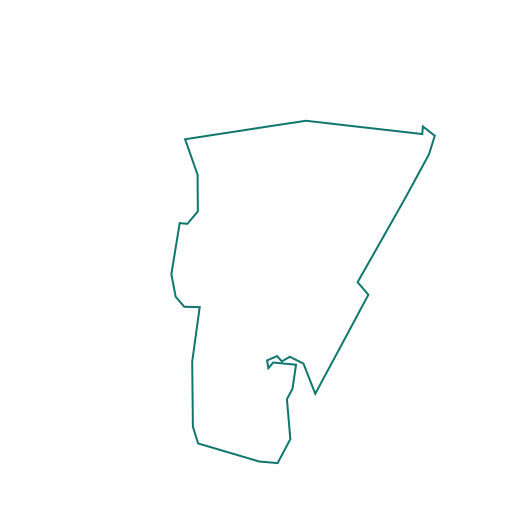 Washington, Virginia, United States of America (Equal Earth projection), rotated 298°
{"feature_id": "52423323B33364650574502", "entity_name": "Washington", "entity_type": "district", "adm_level": 2, "iso_a3": "USA", "parent_name": "United States of America", "parent_adm1": "Virginia", "projection": "equal_earth", "projection_center": [-82.018, 36.762], "detail": "fine", "context": "isolated", "style": "outline", "palette": "teal", "viewbox_px": 512, "rotation_deg": 298, "n_neighbors": 0, "source": "geoboundaries", "source_scale": "gbopen_adm2", "svg_char_len": 618}
<svg xmlns="http://www.w3.org/2000/svg" viewBox="0 0 512 512"><g transform="rotate(298 256 256)"><path d="M162.2,373.0L229.2,373.3L274.5,373.4L280.6,358.0L331.5,359.4L379.2,360.6L427.0,361.0L446.1,357.4L448.7,342.6L441.7,345.5L398.8,236.5L377.1,207.3L325.8,138.6L300.3,166.3L268.1,183.7L252.2,180.3L249.2,173.2L200.2,189.8L182.3,204.2L177.5,216.5L184.4,230.3L132.7,249.3L75.7,280.4L63.3,292.9L76.1,355.5L83.3,372.3L110.4,372.3L144.1,350.5L155.7,350.6L178.8,342.4L170.0,321.2L162.8,319.6L169.0,314.8L177.5,321.6L175.1,328.3L182.9,333.2L183.3,348.4L162.2,373.0Z" fill="none" stroke="#0f766e" stroke-width="2"/></g></svg>